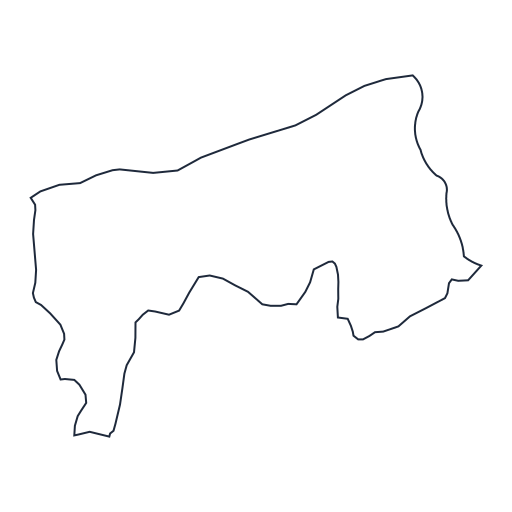 outline of Jarablus, Aleppo, Syria
{"feature_id": "27442178B60985416821817", "entity_name": "Jarablus", "entity_type": "district", "adm_level": 2, "iso_a3": "SYR", "parent_name": "Syria", "parent_adm1": "Aleppo", "projection": "robinson", "projection_center": [38.008, 36.678], "detail": "fine", "context": "isolated", "style": "outline", "palette": "slate", "viewbox_px": 512, "rotation_deg": 0, "n_neighbors": 0, "source": "geoboundaries", "source_scale": "gbopen_adm2", "svg_char_len": 5879}
<svg xmlns="http://www.w3.org/2000/svg" viewBox="0 0 512 512"><path d="M109.3,436.6L110.1,433.5L113.5,430.8L115.4,424.0L120.0,404.6L122.4,388.3L124.4,373.6L126.7,365.2L134.0,352.3L135.4,337.9L135.5,322.4L138.7,319.3L142.8,314.7L148.2,310.5L155.1,311.5L169.0,314.7L179.1,310.6L183.4,303.4L189.3,292.5L194.8,283.5L198.7,277.1L209.7,275.5L222.9,278.6L235.2,285.4L248.0,291.8L262.3,304.3L270.6,305.8L281.0,305.8L288.2,303.9L296.5,304.3L305.3,291.9L310.1,282.3L313.8,269.4L320.3,266.1L328.6,261.9L332.4,261.5L334.9,263.6L336.4,266.9L338.0,274.7L338.4,282.0L338.2,289.3L338.3,298.9L337.3,306.8L337.9,317.5L347.7,318.8L350.9,325.8L352.8,331.7L353.5,335.7L358.2,339.4L363.0,339.4L369.4,336.0L375.0,332.2L383.2,331.6L398.4,326.4L410.0,316.3L425.9,308.2L445.0,298.1L447.4,293.3L449.0,283.2L451.8,279.4L458.2,280.8L468.1,280.3L481.3,265.6L480.7,265.4L480.1,265.2L479.6,265.0L478.8,264.7L478.2,264.5L477.7,264.3L477.1,264.1L476.6,263.8L476.0,263.6L475.5,263.4L474.9,263.1L474.4,262.9L473.8,262.6L473.1,262.2L472.6,262.0L472.0,261.7L471.5,261.4L471.0,261.1L470.5,260.8L469.8,260.4L469.3,260.1L468.7,259.8L468.2,259.4L467.7,259.1L467.2,258.8L466.7,258.4L466.3,258.1L465.8,257.7L465.3,257.4L464.8,257.0L464.3,256.7L463.9,256.3L463.8,255.3L463.7,254.2L463.6,253.6L463.6,252.9L463.4,251.9L463.3,250.9L463.1,249.9L462.9,248.9L462.8,248.2L462.7,247.5L462.5,246.5L462.2,245.5L462.1,244.9L461.9,244.2L461.6,243.2L461.3,242.3L461.0,241.3L460.7,240.3L460.3,239.4L460.0,238.4L459.6,237.5L459.2,236.5L458.8,235.6L458.4,234.6L458.1,234.0L457.6,233.1L457.2,232.2L456.9,231.6L456.5,231.0L456.0,230.1L455.5,229.2L455.0,228.3L454.4,227.5L453.9,226.6L453.3,225.7L452.7,224.9L452.4,224.3L452.1,223.7L451.8,223.1L451.5,222.5L451.3,221.9L451.0,221.3L450.7,220.7L450.5,220.1L450.2,219.4L450.0,218.8L449.7,218.2L449.5,217.6L449.3,216.9L449.1,216.3L448.9,215.7L448.7,215.0L448.5,214.4L448.3,213.8L448.1,213.1L448.0,212.5L447.8,211.8L447.7,211.2L447.5,210.2L447.3,209.6L447.2,208.9L447.1,208.3L447.0,207.6L446.8,206.6L446.7,206.0L446.6,205.3L446.5,204.3L446.5,203.6L446.4,203.0L446.4,202.7L446.3,202.0L446.3,201.3L446.3,201.0L446.3,200.3L446.3,199.7L446.2,199.0L446.2,198.7L446.2,198.0L446.3,197.3L446.3,196.7L446.3,196.3L446.3,195.7L446.3,195.4L446.4,194.7L446.4,194.0L446.5,193.0L446.6,192.8L446.6,192.4L446.7,192.0L446.8,191.5L446.8,191.3L446.8,190.9L446.9,190.6L446.9,190.2L446.9,189.8L446.9,189.3L446.9,188.9L446.8,188.7L446.8,188.4L446.8,188.0L446.8,187.8L446.7,187.4L446.6,186.9L446.6,186.7L446.4,186.1L446.3,185.6L446.2,185.4L446.2,185.2L446.0,184.8L445.9,184.6L445.8,184.2L445.7,184.0L445.5,183.6L445.3,183.2L445.1,182.8L445.0,182.6L444.8,182.2L444.6,181.8L444.4,181.6L444.1,181.1L443.8,180.7L443.5,180.4L443.2,180.1L443.1,179.9L442.9,179.7L442.6,179.4L442.5,179.2L442.1,178.9L441.8,178.6L441.5,178.3L441.1,178.1L440.8,177.8L440.4,177.5L440.2,177.4L439.8,177.2L439.5,176.9L439.1,176.7L438.9,176.6L438.5,176.4L438.1,176.2L437.9,176.1L437.4,175.9L437.0,175.8L436.6,175.6L435.9,175.0L435.4,174.6L435.0,174.1L434.5,173.7L433.8,173.0L433.4,172.6L432.9,172.1L432.5,171.7L431.9,171.0L431.5,170.5L431.0,170.0L430.6,169.6L430.0,168.8L429.6,168.3L429.1,167.6L428.7,167.1L428.3,166.6L427.8,165.8L427.3,165.0L426.9,164.5L426.6,164.0L426.1,163.2L425.8,162.7L425.5,162.1L425.2,161.6L424.9,161.0L424.4,160.2L424.2,159.6L423.9,159.1L423.5,158.2L423.2,157.7L423.0,157.1L422.6,156.2L422.4,155.6L422.2,155.1L422.0,154.5L421.7,153.9L421.5,153.3L421.3,152.7L421.1,151.8L420.8,150.9L420.7,150.3L420.5,149.7L420.1,149.0L419.7,148.3L419.5,147.9L419.2,147.2L418.8,146.5L418.7,146.1L418.4,145.4L418.0,144.6L417.9,144.3L417.6,143.5L417.3,142.7L417.1,142.0L417.0,141.6L416.8,141.2L416.6,140.4L416.5,140.1L416.3,139.3L416.1,138.5L416.0,138.1L415.8,137.3L415.7,136.9L415.7,136.5L415.5,135.8L415.5,135.4L415.3,134.6L415.2,133.8L415.2,133.4L415.1,132.6L415.1,132.2L415.0,131.4L415.0,131.0L414.9,130.2L414.9,129.8L414.9,129.0L414.9,128.6L414.9,128.2L414.9,127.4L414.9,126.6L415.0,126.2L415.0,125.4L415.0,125.0L415.1,124.6L415.2,123.8L415.3,123.0L415.3,122.6L415.4,121.8L415.5,121.4L415.6,120.6L415.7,120.2L415.9,119.4L416.0,118.6L416.1,118.2L416.2,117.8L416.4,117.1L416.7,116.3L416.9,115.5L417.0,115.1L417.3,114.4L417.5,113.6L417.7,113.2L418.0,112.5L418.3,111.7L418.4,111.4L418.7,111.0L418.9,110.6L419.1,110.2L419.3,109.8L419.5,109.5L419.7,109.1L419.9,108.7L420.0,108.3L420.2,107.9L420.4,107.5L420.5,107.1L420.7,106.7L420.8,106.2L421.0,105.8L421.1,105.4L421.3,105.0L421.4,104.6L421.5,104.2L421.6,103.7L421.7,103.3L421.8,102.9L421.9,102.5L422.0,102.0L422.1,101.6L422.1,101.2L422.2,100.8L422.3,100.3L422.3,99.9L422.3,99.5L422.4,99.0L422.4,98.6L422.4,98.2L422.5,97.7L422.5,97.3L422.5,96.9L422.5,96.4L422.5,96.0L422.4,95.6L422.4,95.1L422.4,94.7L422.3,94.3L422.3,93.8L422.3,93.4L422.2,93.0L422.1,92.5L422.1,92.1L422.0,91.7L421.9,91.2L421.8,90.8L421.7,90.4L421.6,90.0L421.5,89.6L421.4,89.1L421.3,88.7L421.1,88.3L421.0,87.9L420.9,87.5L420.7,87.1L420.6,86.7L420.4,86.2L420.2,85.8L420.1,85.4L419.9,85.0L419.7,84.7L419.5,84.3L419.3,83.9L419.1,83.5L418.9,83.1L418.7,82.7L418.4,82.3L418.2,82.0L418.0,81.6L417.7,81.2L417.5,80.9L417.2,80.5L417.0,80.1L416.7,79.8L416.5,79.4L416.2,79.1L415.9,78.8L415.6,78.4L415.3,78.1L415.0,77.8L414.7,77.4L414.4,77.1L414.1,76.8L413.8,76.5L413.5,76.2L413.2,75.9L412.7,75.4L386.0,79.1L380.1,80.9L378.3,81.5L364.4,85.9L345.8,95.3L316.2,114.8L295.4,125.4L249.3,139.5L237.2,144.0L201.0,157.6L194.7,161.1L177.6,170.5L153.2,172.9L119.7,169.4L112.6,170.2L105.5,172.4L96.1,175.3L80.1,183.1L59.4,184.8L40.4,191.4L30.7,197.8L35.1,204.7L35.4,210.2L34.0,219.9L33.1,234.0L36.1,269.9L35.3,282.8L32.9,293.1L33.9,297.6L35.8,302.1L41.1,305.0L50.2,313.4L60.4,324.7L64.1,333.8L64.4,339.6L62.2,344.7L59.1,351.2L56.3,359.9L57.1,370.9L60.6,379.5L64.9,379.0L74.3,379.9L79.4,384.7L85.5,394.7L86.2,402.9L81.0,410.8L77.7,416.1L74.9,425.7L74.3,435.4L78.1,434.6L89.7,431.8L97.4,433.7L109.3,436.6Z" fill="none" stroke="#1e293b" stroke-width="2"/></svg>